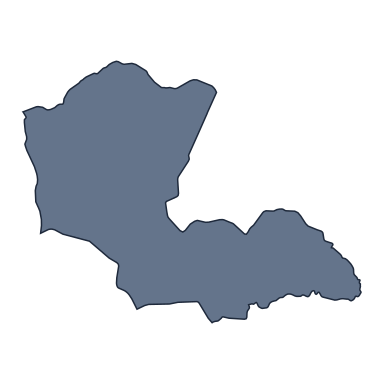 map outline of Dornod (orthographic projection)
{"feature_id": "MNG-3332", "entity_name": "Dornod", "entity_type": "Province", "adm_level": 1, "iso_a3": "MNG", "parent_name": "Mongolia", "parent_adm1": "", "projection": "orthographic", "projection_center": [116.608, 48.287], "detail": "fine", "context": "isolated", "style": "filled", "palette": "slate", "viewbox_px": 384, "rotation_deg": 0, "n_neighbors": 0, "source": "natural_earth", "source_scale": "10m", "svg_char_len": 4232}
<svg xmlns="http://www.w3.org/2000/svg" viewBox="0 0 384 384"><path d="M216.5,92.4L207.5,112.4L206.9,114.0L197.9,134.3L188.8,154.6L188.6,155.7L189.1,158.0L189.2,159.2L188.3,161.3L178.3,176.7L177.9,177.8L177.7,179.1L177.7,180.4L178.5,193.4L178.1,195.5L176.8,196.7L166.5,201.4L165.6,202.6L165.6,203.2L166.8,211.7L167.5,215.6L168.0,217.1L169.1,218.6L180.0,230.6L182.8,232.0L185.3,230.4L190.3,224.1L194.6,221.3L197.3,220.4L205.4,222.3L208.5,222.2L219.6,219.7L222.6,219.6L224.0,219.9L229.3,222.1L232.5,223.3L233.5,223.9L244.5,234.0L246.4,234.2L248.1,231.9L249.7,228.9L251.2,227.2L253.6,225.2L262.8,212.6L263.9,211.6L266.0,210.8L272.9,211.1L274.0,211.0L276.9,209.6L279.4,209.1L282.0,209.0L283.1,209.3L285.2,210.6L286.4,210.8L294.8,211.2L297.9,212.7L300.7,216.0L305.7,223.7L308.1,226.1L317.2,229.8L321.1,231.1L322.2,231.9L322.8,232.8L323.1,234.1L323.8,238.7L324.1,239.8L324.7,240.6L325.7,241.2L329.9,242.6L331.7,243.1L332.5,243.6L332.9,244.5L332.7,245.2L331.7,246.7L331.4,247.7L333.2,248.1L340.3,254.3L340.9,255.0L341.6,256.2L342.0,257.3L342.6,258.0L345.4,258.7L347.3,260.1L350.6,263.7L351.9,265.6L353.1,267.8L353.5,269.1L353.7,273.0L353.9,273.7L354.0,274.1L354.1,274.4L354.8,275.3L356.3,276.8L357.0,277.6L357.2,278.2L357.4,278.7L357.6,279.2L358.0,279.6L358.5,279.7L359.2,279.7L359.8,279.9L360.0,280.3L359.8,281.0L359.5,281.5L359.4,282.0L359.4,282.8L359.5,283.2L359.7,283.4L359.9,283.6L360.2,283.7L360.4,284.0L360.4,284.3L360.3,284.7L360.3,285.2L360.4,286.6L359.9,288.7L359.8,289.9L360.0,290.4L360.8,291.6L361.0,292.1L360.9,292.7L360.6,293.2L360.3,293.6L359.5,295.1L358.8,296.0L357.9,296.6L357.1,296.6L356.2,296.2L355.5,296.4L355.0,297.2L354.4,298.5L353.8,299.2L352.9,300.0L351.9,300.5L351.1,300.8L350.2,300.5L348.5,299.3L347.6,299.1L346.4,299.1L343.0,298.7L340.9,298.8L336.9,299.9L334.8,300.1L323.3,297.2L322.1,296.8L321.1,295.8L319.7,293.2L318.9,292.2L318.0,292.4L316.9,293.9L316.2,294.3L315.5,294.0L315.0,293.2L314.7,292.1L314.4,291.1L313.4,290.7L312.1,291.2L311.0,292.6L309.4,295.7L307.9,296.7L306.3,296.3L304.6,295.4L302.9,294.9L302.3,295.1L301.1,296.0L300.4,296.3L296.8,296.4L295.1,296.0L292.2,294.6L290.6,294.1L289.1,294.0L287.6,294.1L286.3,294.7L284.9,295.6L283.2,297.1L282.6,297.4L280.2,297.6L279.4,297.9L276.0,300.6L274.5,300.9L272.3,301.5L271.3,302.0L270.3,302.7L269.4,303.8L268.3,306.3L267.6,307.3L266.7,307.8L262.2,308.4L261.2,308.1L259.0,306.9L258.2,305.9L257.0,303.2L256.4,302.5L255.8,302.6L253.8,304.1L253.4,304.2L252.9,304.1L252.1,303.8L248.6,304.7L249.3,306.7L249.4,307.7L249.1,308.6L247.5,310.9L247.0,312.7L246.8,317.2L246.2,318.7L244.5,319.2L229.0,318.2L223.3,316.9L222.6,316.9L222.1,317.1L221.2,318.3L218.4,320.7L217.7,321.0L214.9,321.4L213.1,322.0L212.1,322.7L208.3,318.3L199.2,303.2L198.5,302.4L197.8,301.9L196.9,301.6L177.9,302.3L169.4,304.0L148.7,304.4L144.7,305.5L137.0,309.2L131.9,299.0L129.3,295.0L128.0,293.4L126.7,292.2L125.4,291.2L124.0,290.4L119.0,288.2L118.3,287.8L117.6,287.1L117.1,286.1L116.7,284.8L116.5,283.1L116.8,277.8L118.7,266.0L118.3,264.2L117.7,263.5L116.8,262.6L109.2,258.1L89.5,241.2L63.0,234.2L54.7,229.8L52.4,229.2L51.1,229.1L49.8,229.2L48.4,229.5L40.6,233.3L41.5,225.5L41.4,219.5L39.9,211.2L38.3,207.3L37.8,206.3L35.8,201.8L35.3,190.6L36.1,186.2L37.3,183.5L37.6,179.7L37.2,176.0L36.6,173.3L34.4,166.6L26.9,150.5L25.5,146.4L24.9,144.1L25.4,142.7L26.6,139.6L26.7,138.2L26.6,136.5L25.3,131.6L24.4,122.7L24.4,119.8L24.6,119.4L24.8,119.2L25.5,118.5L25.9,117.9L26.1,117.6L26.1,117.3L26.0,116.8L23.2,112.1L23.0,111.9L36.3,106.8L38.1,106.6L42.7,107.3L46.3,109.5L47.6,109.9L49.0,109.8L50.8,109.4L54.8,107.6L57.3,105.4L58.3,104.8L59.2,104.4L60.2,104.2L62.4,104.2L63.1,103.8L63.6,102.4L63.9,100.1L64.0,99.0L64.5,97.9L67.7,92.1L68.9,90.6L70.2,89.3L79.0,83.1L80.2,81.6L80.9,80.9L83.2,79.5L83.9,78.7L86.2,77.0L93.6,73.5L94.4,73.3L96.2,73.7L97.1,73.7L97.7,73.5L103.0,68.5L103.9,68.0L105.6,67.5L106.5,67.1L109.2,64.5L112.7,62.5L116.3,61.3L118.3,61.7L122.1,63.8L124.0,64.3L131.9,63.4L135.8,64.5L145.8,70.7L146.6,71.5L147.1,72.3L147.9,74.3L148.5,75.1L154.5,82.2L161.1,87.3L161.9,87.6L164.5,87.6L165.5,87.9L167.0,87.9L169.9,87.5L174.3,88.6L175.7,88.6L177.2,88.2L190.0,80.9L193.4,79.8L196.9,79.9L200.3,81.3L211.9,86.0L213.6,87.6L215.2,89.7L216.5,92.4Z" fill="#64748b" stroke="#1e293b" stroke-width="1.5"/></svg>